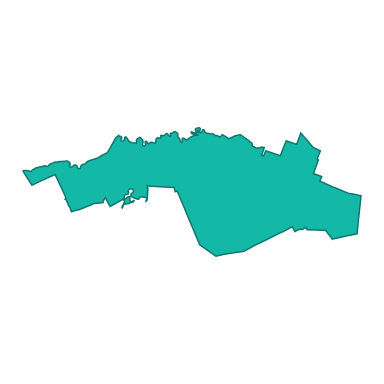 Ghilad, Timis, Romania
{"feature_id": "2599482B20646127738139", "entity_name": "Ghilad", "entity_type": "district", "adm_level": 2, "iso_a3": "ROU", "parent_name": "Romania", "parent_adm1": "Timis", "projection": "mercator", "projection_center": [21.055, 45.454], "detail": "fine", "context": "isolated", "style": "filled", "palette": "teal", "viewbox_px": 384, "rotation_deg": 0, "n_neighbors": 0, "source": "geoboundaries", "source_scale": "gbopen_adm2", "svg_char_len": 5940}
<svg xmlns="http://www.w3.org/2000/svg" viewBox="0 0 384 384"><path d="M357.1,233.8L358.5,218.9L359.0,214.8L361.0,195.8L352.5,193.9L350.7,193.7L349.5,193.5L349.1,193.7L348.7,193.6L347.1,192.7L343.4,191.3L340.3,189.9L331.1,186.2L319.9,181.1L321.7,176.5L316.7,174.7L313.4,173.7L316.4,165.5L318.4,160.0L317.2,159.5L318.7,155.0L320.4,150.9L314.5,148.1L314.2,147.9L313.4,147.6L309.7,143.4L307.6,140.7L302.8,135.4L300.8,133.0L297.4,142.5L297.0,143.2L296.7,144.4L286.2,140.8L280.3,155.7L280.1,155.6L265.8,150.8L263.6,155.8L261.5,155.6L264.3,147.5L263.7,147.5L262.2,147.1L261.7,147.1L258.9,147.9L257.6,148.1L256.5,148.1L254.5,147.1L252.7,146.2L252.3,146.0L252.0,143.5L251.9,143.5L251.7,142.8L249.7,141.7L249.3,141.1L248.7,140.6L246.4,138.9L245.5,138.4L240.4,134.7L235.4,135.7L228.8,138.8L228.7,138.6L222.4,134.6L221.9,134.9L221.9,135.3L221.6,135.7L220.3,136.6L219.9,136.8L219.4,136.8L217.3,135.7L215.2,135.5L214.7,135.2L213.6,134.2L213.0,133.9L210.0,133.8L208.0,133.3L205.7,133.0L205.0,132.6L204.8,132.0L204.4,130.4L204.0,130.0L203.5,129.7L202.9,129.7L202.6,130.0L202.2,130.8L202.0,131.7L201.6,132.3L200.9,132.7L200.2,132.7L199.8,131.9L199.8,130.7L200.3,129.2L200.3,128.6L200.0,128.2L199.5,127.8L198.9,127.8L196.7,128.2L195.6,128.9L195.3,129.4L195.7,130.9L196.2,131.0L198.7,131.0L198.9,131.0L199.1,131.2L199.1,131.4L199.0,131.7L197.5,132.5L196.6,132.7L196.3,132.7L195.6,132.3L194.0,132.9L193.4,132.8L193.1,132.7L192.0,131.9L191.7,131.9L191.1,132.1L191.6,133.3L192.3,133.8L193.5,134.2L195.6,134.4L197.7,135.1L197.2,135.3L194.2,135.5L192.0,136.5L191.3,136.7L187.6,139.4L186.5,139.8L186.0,139.7L185.2,139.2L184.7,138.7L184.2,138.4L183.4,138.1L182.7,138.2L182.6,138.3L182.1,139.2L182.1,139.4L182.4,141.1L182.4,141.6L182.1,142.0L181.6,142.3L180.8,142.0L180.4,141.5L180.2,141.2L180.1,140.7L179.9,139.3L179.5,138.7L178.1,137.2L177.8,136.4L177.7,135.9L177.9,134.9L177.9,134.3L177.7,133.6L177.5,133.3L176.4,132.4L175.2,131.8L174.7,131.7L173.8,132.0L172.8,132.9L172.4,133.2L172.1,133.2L170.9,133.2L170.4,133.4L170.3,133.9L170.7,135.2L170.8,135.7L170.6,136.1L170.2,136.3L169.7,136.2L168.9,135.7L167.8,134.2L167.3,133.7L166.4,133.5L166.1,133.7L165.0,134.9L164.0,135.5L162.8,135.7L161.5,135.3L160.9,135.4L160.7,135.8L160.7,136.0L161.0,137.2L161.0,137.6L160.9,137.9L160.6,138.1L160.2,138.2L158.0,137.8L157.1,137.9L156.4,138.4L156.1,139.0L155.7,142.1L155.3,142.8L155.0,143.1L154.4,143.1L152.1,142.3L151.1,142.2L150.6,142.3L150.2,142.5L149.2,143.7L148.9,143.8L148.4,143.8L147.9,143.4L146.9,141.8L146.7,141.5L146.4,141.4L145.6,141.4L145.3,141.6L145.1,142.2L145.2,143.0L145.5,143.6L145.6,144.2L145.4,144.9L144.9,145.6L144.6,146.0L144.0,146.1L143.7,146.1L143.2,145.8L142.5,144.6L142.5,144.3L142.6,143.5L143.0,142.1L143.0,141.5L143.0,141.1L142.8,140.1L142.5,139.7L141.3,138.8L140.6,137.7L140.4,137.5L139.8,137.4L139.2,137.7L138.4,138.4L137.3,138.9L136.8,139.3L136.5,140.0L136.4,140.5L136.4,140.9L136.6,142.3L136.6,142.7L136.3,143.3L136.0,143.3L134.5,142.9L132.7,142.8L131.3,142.5L130.2,142.0L128.8,140.9L128.3,140.3L127.9,139.8L127.4,138.7L126.1,137.1L125.9,136.9L125.5,137.0L124.7,137.4L124.6,137.9L124.5,139.5L124.2,140.1L123.7,140.6L123.2,141.0L122.4,141.2L122.2,141.2L121.4,140.6L120.7,139.4L121.3,138.5L121.8,138.2L121.5,137.2L121.1,136.6L120.7,136.4L119.8,136.2L119.4,136.3L118.6,135.9L118.6,135.5L116.7,136.9L116.1,137.5L115.5,138.3L114.5,139.9L112.8,143.3L111.4,145.5L110.5,147.4L108.4,151.1L107.4,152.4L106.5,153.2L102.0,155.2L98.0,157.9L91.8,159.9L88.5,161.0L87.7,161.4L86.3,162.4L85.9,163.1L85.2,163.8L84.5,164.2L82.4,164.5L82.0,164.8L80.8,166.1L80.3,168.0L80.2,168.4L80.0,168.6L78.9,168.7L77.7,168.3L77.5,168.1L77.4,167.8L77.3,166.7L77.0,166.1L76.0,165.2L74.9,164.8L74.2,165.0L73.7,165.3L72.5,166.7L70.5,167.1L70.2,167.0L69.8,166.7L69.4,166.0L69.5,165.6L70.3,164.4L70.2,164.0L69.9,163.0L68.9,162.0L68.1,161.4L67.0,161.0L66.0,161.0L64.7,161.3L59.4,161.6L56.1,162.1L54.4,162.2L53.9,162.4L53.1,163.0L52.6,163.2L50.6,163.9L49.8,164.3L48.9,165.1L48.2,166.0L47.5,166.4L46.6,166.4L45.0,165.8L44.4,165.8L41.9,166.6L38.7,167.2L35.7,168.0L33.6,169.3L32.7,169.9L31.4,171.1L30.6,171.4L27.8,170.7L25.5,170.4L23.5,170.7L23.0,171.0L25.0,174.4L27.0,177.4L31.9,185.2L42.0,180.4L49.5,177.1L55.0,174.6L57.4,179.2L59.2,183.3L61.6,188.2L66.0,198.0L65.1,199.2L65.8,199.5L66.6,200.7L67.9,203.8L69.0,206.4L69.8,206.9L71.4,211.8L78.0,209.7L78.7,209.9L90.5,205.1L94.3,203.5L103.1,202.6L102.7,201.8L105.4,197.6L107.6,201.9L110.1,206.5L123.2,199.2L124.6,201.3L124.6,201.5L122.9,205.2L122.0,207.3L121.9,207.8L122.0,207.9L122.3,208.0L122.7,207.1L123.2,205.2L123.4,204.8L123.8,204.5L125.0,204.0L128.6,203.7L131.0,202.4L132.3,202.2L133.1,202.0L133.9,201.2L134.0,200.5L133.8,200.4L133.5,200.5L132.6,201.3L131.6,201.7L131.0,201.7L130.4,201.3L130.1,201.0L129.9,200.5L129.9,197.0L129.8,196.6L129.6,196.5L128.6,196.6L127.8,196.9L126.5,197.9L125.9,198.6L125.6,198.8L124.6,198.8L124.2,198.2L124.2,197.5L124.5,195.6L124.6,195.3L124.9,195.0L125.4,194.6L127.5,194.4L127.9,194.2L128.3,193.8L128.5,193.2L128.6,192.7L128.5,192.1L128.2,191.4L128.2,191.1L128.5,190.4L129.0,189.4L129.5,189.1L131.4,188.8L132.2,189.0L133.1,189.5L133.4,190.2L133.5,191.2L133.4,191.8L132.6,192.7L131.4,193.7L130.9,194.2L130.9,195.1L131.4,196.4L131.8,196.9L132.2,197.1L134.2,197.9L135.6,198.6L137.9,199.3L138.6,199.1L139.1,198.7L139.3,198.2L139.4,197.6L139.8,197.1L140.1,197.0L141.5,196.9L146.1,197.6L146.6,198.1L146.8,198.9L146.6,199.6L146.0,200.6L146.0,201.2L147.0,200.3L147.2,198.8L148.0,188.3L147.2,187.9L147.2,187.6L147.4,187.2L147.3,185.6L149.0,186.1L174.1,187.5L175.1,191.7L177.1,191.2L178.9,195.1L185.5,210.7L185.9,211.9L193.6,230.1L199.7,244.8L215.9,256.2L224.5,254.2L244.2,251.2L247.9,249.1L248.1,249.1L254.0,245.7L266.1,239.9L280.1,232.9L282.8,231.8L292.3,226.7L294.9,231.6L297.8,230.0L300.3,229.1L302.1,229.6L306.0,227.4L307.2,229.8L317.0,230.0L325.8,230.5L329.0,234.9L330.7,236.9L331.8,238.5L332.2,239.3L332.8,238.9L335.8,238.4L344.2,236.4L357.1,233.8Z" fill="#14b8a6" stroke="#0f766e" stroke-width="1.5"/></svg>